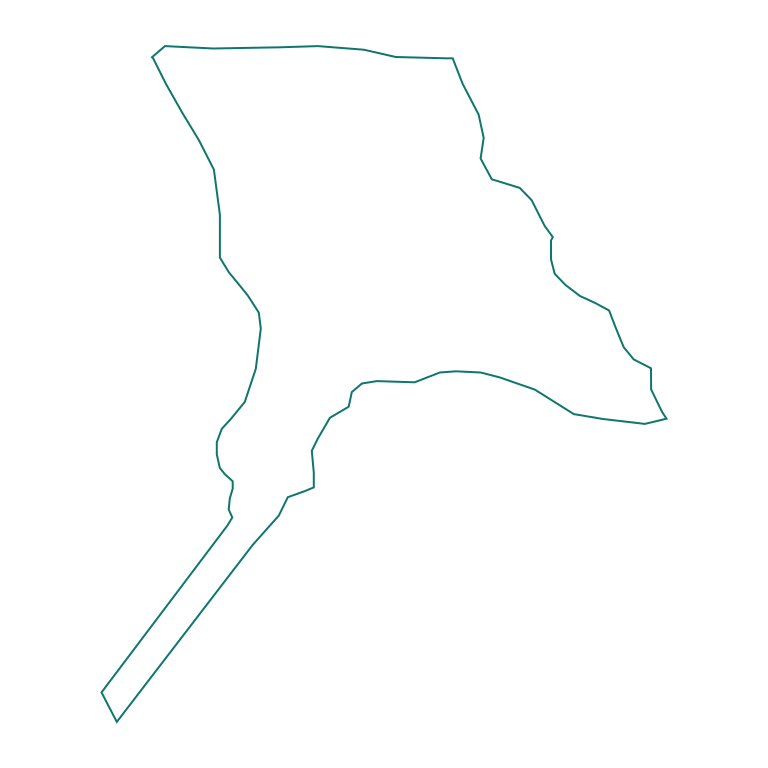 an SVG outline of Debarca
{"feature_id": "MKD-2899", "entity_name": "Debarca", "entity_type": "Statistical Region", "adm_level": 1, "iso_a3": "MKD", "parent_name": "North Macedonia", "parent_adm1": "", "projection": "robinson", "projection_center": [20.833, 41.244], "detail": "fine", "context": "isolated", "style": "outline", "palette": "teal", "viewbox_px": 768, "rotation_deg": 0, "n_neighbors": 0, "source": "natural_earth", "source_scale": "10m", "svg_char_len": 1123}
<svg xmlns="http://www.w3.org/2000/svg" viewBox="0 0 768 768"><path d="M116.8,721.9L101.5,692.4L227.2,525.8L232.3,517.5L228.7,509.5L229.8,498.5L232.7,488.7L232.7,481.3L224.7,474.0L219.8,467.9L216.8,454.5L216.8,442.2L221.8,428.8L230.8,419.0L244.8,401.9L255.8,368.8L260.8,328.5L258.8,312.6L247.8,295.5L238.9,284.5L228.8,272.2L219.9,257.6L219.9,239.3L219.9,214.8L213.9,169.6L198.9,140.2L181.9,112.1L166.0,84.0L153.1,58.3L152.0,57.2L165.0,46.1L213.0,48.5L279.9,47.3L317.9,46.1L363.7,49.7L395.7,57.0L445.7,58.3L452.7,58.3L462.7,84.0L478.6,114.5L483.7,137.8L480.6,158.5L491.8,179.3L519.7,187.9L531.6,200.1L544.6,225.8L552.8,237.1L551.0,240.5L551.0,259.4L554.7,273.8L565.5,285.0L580.1,296.1L594.6,302.7L609.1,310.5L615.5,327.2L623.7,347.2L633.7,359.4L651.0,368.3L651.1,389.4L661.9,411.6L666.5,418.7L644.8,423.9L602.9,419.0L573.8,414.1L534.8,389.6L499.7,377.4L480.7,372.5L455.8,371.3L439.8,372.5L414.7,382.3L376.8,381.1L361.9,383.5L351.8,392.1L348.7,406.7L329.9,417.8L317.8,438.6L311.8,450.8L313.8,472.8L313.8,487.4L304.8,491.1L287.8,497.2L278.8,515.6L252.7,544.9L116.8,721.9Z" fill="none" stroke="#0f766e" stroke-width="2"/></svg>